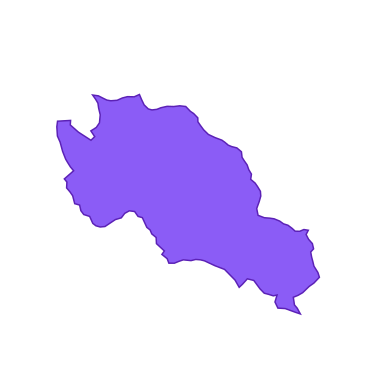 Barracão, Paraná, Brazil, rotated 206°
{"feature_id": "56859067B92196836998679", "entity_name": "Barracão", "entity_type": "district", "adm_level": 2, "iso_a3": "BRA", "parent_name": "Brazil", "parent_adm1": "Paraná", "projection": "orthographic", "projection_center": [-53.532, -26.25], "detail": "fine", "context": "isolated", "style": "filled", "palette": "violet", "viewbox_px": 384, "rotation_deg": 206, "n_neighbors": 0, "source": "geoboundaries", "source_scale": "gbopen_adm2", "svg_char_len": 1948}
<svg xmlns="http://www.w3.org/2000/svg" viewBox="0 0 384 384"><g transform="rotate(206 192 192)"><path d="M267.4,120.3L263.6,119.5L259.2,120.3L255.1,122.8L248.8,133.6L244.2,137.8L243.1,143.3L240.1,147.6L235.0,149.3L229.8,146.4L225.4,147.2L217.1,140.4L213.0,139.5L209.8,136.7L204.3,135.4L201.3,130.0L191.0,126.9L191.7,122.7L185.1,121.2L181.6,117.9L176.6,120.3L173.4,123.9L170.1,127.2L162.8,129.9L159.1,133.0L154.8,134.7L150.7,135.6L139.0,135.8L128.8,136.7L114.7,131.7L107.8,127.0L106.2,131.2L104.2,138.2L97.7,139.6L88.3,134.7L82.7,132.7L78.3,133.6L73.4,134.3L70.4,136.7L69.2,129.5L63.9,125.3L57.1,128.1L46.5,129.2L41.2,129.9L46.5,133.7L50.4,135.4L54.8,141.8L51.4,145.6L48.4,150.0L45.3,158.5L42.5,163.6L40.1,171.2L43.5,174.8L49.9,178.8L53.2,182.8L55.9,185.9L59.0,190.1L57.8,194.2L61.2,198.4L66.5,200.6L70.8,203.8L70.7,208.6L75.0,207.3L78.0,203.9L82.1,202.0L86.1,203.2L91.2,204.2L95.8,203.5L100.5,204.3L106.5,203.9L110.6,202.6L115.7,200.6L122.4,200.0L126.6,205.5L127.4,212.9L128.4,218.5L130.8,222.6L135.3,225.5L139.2,227.7L144.8,229.1L146.4,234.1L150.8,237.0L154.3,240.5L158.8,243.0L162.2,245.1L165.2,249.8L171.0,251.3L176.3,250.2L180.1,250.0L184.3,251.1L187.9,251.7L195.2,251.0L202.5,250.9L208.8,253.0L213.6,255.5L217.5,257.7L219.3,261.2L224.8,263.2L228.8,263.8L235.1,266.1L240.8,264.1L245.9,260.8L251.9,258.1L256.9,254.1L259.8,250.9L264.0,248.2L267.7,247.5L273.2,249.3L278.0,253.1L282.0,256.6L285.7,252.2L291.8,249.4L295.8,246.0L299.5,241.6L305.0,238.4L308.8,237.3L312.8,237.3L318.3,237.4L323.8,235.6L319.3,233.1L315.5,230.6L312.8,226.6L308.3,221.1L305.5,213.6L306.3,208.1L309.7,202.6L303.7,199.1L305.5,194.2L320.3,196.0L330.8,198.9L332.5,203.1L343.9,196.7L342.1,191.4L337.5,183.3L332.4,179.0L326.1,171.8L319.9,166.1L316.4,163.8L312.2,161.2L307.7,159.2L312.5,147.8L308.8,146.1L306.5,140.7L301.9,138.7L297.6,136.3L292.3,130.1L287.3,131.0L283.7,126.5L279.4,124.3L273.3,125.2L267.4,120.3Z" fill="#8b5cf6" stroke="#5b21b6" stroke-width="1.5"/></g></svg>